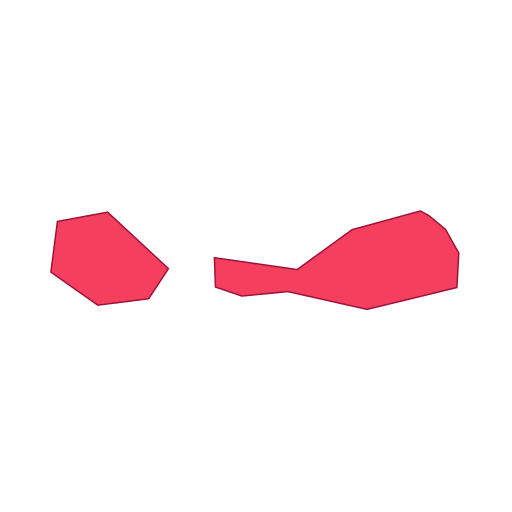 SVG path tracing the border of Saint Kitts and Nevis, rotated 127°
{"feature_id": "KNA", "entity_name": "Saint Kitts and Nevis", "entity_type": "country or territory", "adm_level": 0, "iso_a3": "KNA", "parent_name": "North America", "parent_adm1": "", "projection": "equal_earth", "projection_center": [-62.678, 17.252], "detail": "fine", "context": "isolated", "style": "filled", "palette": "rose", "viewbox_px": 512, "rotation_deg": 127, "n_neighbors": 0, "source": "natural_earth", "source_scale": "50m", "svg_char_len": 410}
<svg xmlns="http://www.w3.org/2000/svg" viewBox="0 0 512 512"><g transform="rotate(127 256 256)"><path d="M305.2,269.7L282.4,288.2L242.1,215.0L177.1,195.1L121.1,151.8L119.7,142.5L120.7,120.8L131.6,95.8L160.3,76.6L231.8,135.2L265.3,209.2L296.5,243.2L305.2,269.7ZM392.3,410.1L347.9,435.4L310.3,400.9L318.8,318.3L354.7,316.0L390.5,352.8L392.3,410.1Z" fill="#f43f5e" stroke="#9f1239" stroke-width="1.5"/></g></svg>